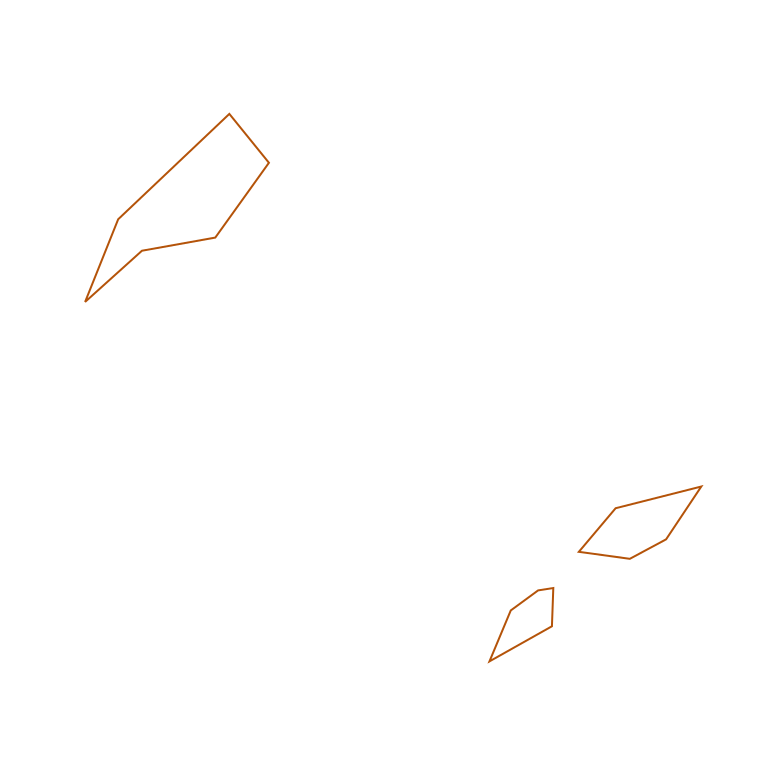 outline of United States Virgin Islands, rotated 138°
{"feature_id": "VIR", "entity_name": "United States Virgin Islands", "entity_type": "country or territory", "adm_level": 0, "iso_a3": "VIR", "parent_name": "North America", "parent_adm1": "", "projection": "natural_earth1", "projection_center": [-64.793, 18.043], "detail": "fine", "context": "isolated", "style": "outline", "palette": "amber", "viewbox_px": 768, "rotation_deg": 138, "n_neighbors": 0, "source": "natural_earth", "source_scale": "50m", "svg_char_len": 392}
<svg xmlns="http://www.w3.org/2000/svg" viewBox="0 0 768 768"><g transform="rotate(138 384 384)"><path d="M411.4,605.7L474.7,645.0L551.2,645.0L471.3,684.3L318.2,688.2L321.5,625.4L411.4,605.7ZM351.5,128.9L295.0,136.7L216.8,95.5L278.3,79.8L318.3,89.6L351.5,128.9ZM491.2,107.3L441.3,130.9L407.6,127.5L394.7,119.1L421.3,91.6L491.2,107.3Z" fill="none" stroke="#b45309" stroke-width="2"/></g></svg>